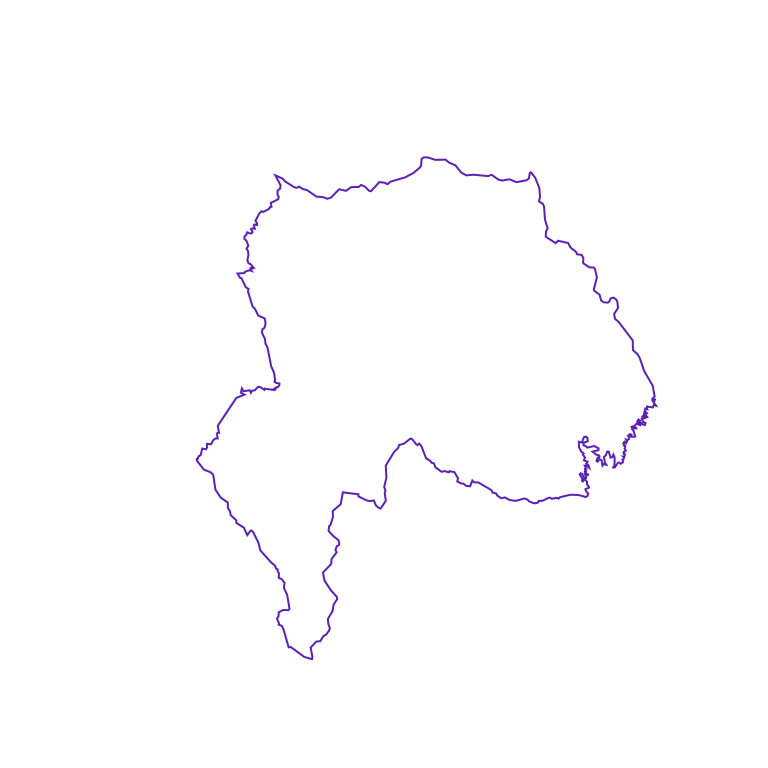 outline of Gokwe North, Midlands, Zimbabwe, rotated 315°
{"feature_id": "62879985B87269615821372", "entity_name": "Gokwe North", "entity_type": "district", "adm_level": 2, "iso_a3": "ZWE", "parent_name": "Zimbabwe", "parent_adm1": "Midlands", "projection": "equal_earth", "projection_center": [28.8, -17.557], "detail": "fine", "context": "isolated", "style": "outline", "palette": "violet", "viewbox_px": 768, "rotation_deg": 315, "n_neighbors": 0, "source": "geoboundaries", "source_scale": "gbopen_adm2", "svg_char_len": 6166}
<svg xmlns="http://www.w3.org/2000/svg" viewBox="0 0 768 768"><g transform="rotate(315 384 384)"><path d="M138.5,527.6L140.4,526.3L145.8,518.5L153.9,518.2L157.1,520.8L162.8,519.4L165.8,520.3L170.4,519.6L173.1,518.4L174.5,515.0L178.1,510.5L187.2,508.1L192.5,504.3L198.8,503.0L200.1,501.1L200.6,492.1L202.9,481.0L207.5,474.2L219.4,473.9L223.1,470.7L231.5,469.5L232.4,467.0L235.9,465.3L238.4,466.1L239.5,465.3L241.3,462.5L240.6,455.2L241.0,448.6L244.9,445.6L246.5,445.9L254.0,441.8L257.9,437.6L268.3,438.4L278.3,431.5L287.9,443.9L286.6,445.2L286.7,446.3L289.5,454.2L291.2,456.8L294.5,459.1L292.5,463.8L292.6,467.5L293.6,469.7L302.8,467.8L307.2,461.8L309.6,460.4L311.4,456.9L319.5,451.9L327.6,442.9L343.1,439.2L348.9,439.2L351.5,437.8L356.0,440.3L364.1,441.3L364.9,443.2L364.1,449.5L364.4,450.8L366.7,450.9L366.5,454.4L361.2,466.4L362.4,471.0L361.9,473.0L363.1,475.5L361.5,479.1L362.6,486.7L365.3,488.5L367.4,492.3L368.7,492.0L371.5,496.2L369.6,503.0L366.9,504.7L368.3,509.1L369.7,510.6L370.1,514.2L372.6,517.2L378.2,514.7L378.1,517.2L381.0,520.2L384.3,532.5L384.8,535.5L384.0,537.5L385.9,540.8L385.2,542.9L386.1,547.7L389.3,549.7L390.9,555.0L394.6,559.9L402.4,564.2L403.8,567.5L403.6,569.8L405.9,574.7L408.8,576.7L410.7,576.1L413.8,578.8L419.5,580.7L421.0,581.7L421.5,583.8L425.9,586.8L426.3,588.5L428.2,588.4L437.5,594.1L443.1,600.1L446.8,606.6L448.5,607.1L450.9,606.0L451.0,602.7L452.1,600.8L455.6,602.2L456.3,601.5L456.6,598.4L458.5,596.7L458.4,593.6L457.9,592.9L455.8,593.5L455.6,592.4L457.1,591.4L458.5,586.3L460.0,586.2L460.5,587.5L459.3,591.5L460.2,593.4L461.5,592.6L462.1,590.3L464.5,593.1L463.4,588.5L464.1,587.9L465.8,589.2L464.8,587.6L466.1,586.2L467.3,586.9L468.2,583.7L469.8,585.2L469.9,588.3L471.2,585.8L470.7,583.4L472.9,582.9L471.4,579.3L474.2,578.1L474.6,574.6L476.2,574.2L475.6,571.7L477.1,566.7L481.0,562.6L482.5,565.4L487.6,563.0L489.6,563.9L489.7,566.0L487.5,568.6L483.8,566.8L481.7,568.4L482.8,570.7L482.7,572.7L488.8,576.5L490.2,581.2L488.9,582.4L483.6,579.3L484.1,583.9L485.6,586.7L484.7,588.0L482.8,587.2L480.0,588.5L480.1,589.9L483.1,589.5L484.0,591.6L480.7,596.2L482.7,595.9L484.1,598.3L484.8,595.5L487.9,591.1L490.3,591.3L494.1,589.6L495.1,590.8L492.1,596.3L493.7,597.1L496.3,596.1L495.2,598.9L492.4,601.8L489.2,604.6L487.1,605.1L488.0,606.2L493.9,605.1L494.8,605.9L495.0,607.9L497.6,608.3L499.2,606.1L499.8,606.7L501.8,605.7L501.8,604.6L502.4,605.4L503.9,604.6L504.3,602.8L504.9,603.3L505.7,601.5L507.9,602.1L508.4,599.9L510.8,598.3L510.1,597.1L511.2,596.5L511.2,595.2L513.2,594.8L513.3,597.0L515.2,596.5L515.9,594.5L516.5,595.8L518.1,596.1L520.0,594.9L519.9,593.1L522.6,593.4L523.0,594.8L522.0,594.8L521.7,596.5L524.4,598.7L527.2,594.1L527.5,591.3L528.3,591.2L528.7,589.4L529.5,589.7L529.3,592.1L531.0,593.8L531.5,592.9L530.3,591.7L531.2,590.5L534.5,590.7L536.4,595.1L536.4,589.8L538.8,589.0L539.1,590.7L537.7,590.4L537.1,592.0L538.4,592.7L538.5,596.1L539.6,597.5L541.4,596.4L540.5,594.4L541.7,590.8L544.0,592.5L544.5,591.5L543.7,589.8L544.9,589.7L545.7,593.0L546.8,593.5L547.0,589.9L549.2,590.7L549.2,588.5L547.6,588.5L550.7,586.5L552.0,587.8L552.1,586.5L552.9,587.1L554.0,585.9L557.6,590.7L560.0,589.6L561.0,591.6L562.1,585.9L563.4,587.2L564.7,586.5L563.4,584.3L566.6,584.1L572.8,575.2L577.2,558.6L583.2,546.5L584.3,542.4L584.0,536.1L590.7,529.0L593.8,506.0L593.4,501.3L596.2,497.2L603.2,495.7L607.4,490.6L607.9,487.9L607.2,485.0L604.6,483.7L602.1,484.9L599.8,484.7L597.2,481.7L596.6,478.4L599.6,473.3L598.6,466.9L599.1,465.5L609.9,459.2L614.5,451.8L614.6,450.0L611.7,446.7L610.4,440.4L610.6,438.9L614.0,436.0L615.1,432.5L612.3,428.9L613.2,426.2L612.4,419.3L613.9,414.5L608.4,405.8L605.0,405.8L602.5,394.2L606.4,390.7L609.8,389.6L614.1,381.6L622.7,371.6L623.7,368.9L622.7,364.4L626.6,362.0L632.4,355.3L636.8,345.0L637.6,338.1L636.3,337.9L631.8,341.1L629.1,340.8L620.4,335.0L617.4,327.9L611.5,323.8L609.5,320.5L608.0,312.2L604.6,310.6L595.3,299.3L589.7,294.6L588.1,289.2L589.1,279.8L586.7,273.9L586.1,268.8L578.8,261.8L575.1,254.6L572.2,251.8L569.6,251.5L564.8,255.7L562.4,256.3L554.0,255.6L545.0,252.8L531.8,245.6L527.6,245.1L527.0,242.5L523.5,237.9L511.1,238.5L510.1,236.9L510.0,230.8L508.6,227.1L505.3,226.7L500.2,221.7L493.7,220.5L490.0,214.6L478.2,214.7L474.8,212.8L473.0,208.7L468.8,203.8L466.6,192.2L464.4,188.6L463.6,184.4L461.2,183.7L459.7,181.6L457.3,170.8L457.6,167.3L454.7,159.7L451.5,170.1L448.8,172.4L445.5,171.9L442.3,175.2L441.9,177.3L439.8,178.5L432.0,175.9L429.8,179.1L428.2,178.2L426.9,179.0L420.2,176.9L419.5,175.2L416.2,175.3L408.5,177.7L407.9,180.5L406.7,181.8L405.0,179.5L404.1,179.8L402.4,182.9L401.0,180.9L399.4,180.4L398.6,183.5L397.4,183.9L396.2,183.5L394.4,179.9L391.9,181.3L390.1,180.9L387.9,182.5L388.0,185.3L385.9,190.3L382.6,191.0L381.8,193.9L379.2,197.1L374.9,199.8L373.5,203.0L374.4,204.7L374.0,209.8L373.0,209.0L372.6,210.3L372.7,208.3L371.8,207.6L370.6,208.3L370.3,210.2L369.6,208.7L365.5,206.5L363.6,206.7L358.5,202.3L357.3,207.3L358.0,208.4L354.7,217.9L355.4,220.9L353.2,222.5L345.9,236.1L345.9,239.5L343.5,246.8L345.9,253.1L345.4,254.4L342.5,258.0L339.2,259.7L336.5,259.4L334.0,261.3L331.7,267.9L328.7,271.7L327.6,275.5L316.8,291.6L314.1,298.5L310.0,303.9L308.2,305.0L308.5,307.1L310.4,309.7L309.0,310.9L306.6,311.1L304.8,309.8L303.7,310.9L302.8,309.8L302.2,310.7L296.4,303.0L295.2,303.5L294.6,299.4L293.1,296.9L288.1,297.1L286.0,295.4L283.7,296.1L284.6,293.5L279.6,289.8L280.4,286.6L276.7,289.0L277.8,292.9L269.9,289.4L236.9,296.0L232.8,301.9L231.8,300.8L230.5,301.2L227.9,304.9L226.2,303.3L223.3,303.0L219.1,304.3L216.5,301.2L213.9,303.8L212.0,304.3L209.8,301.1L204.2,304.6L201.5,304.0L199.7,305.2L198.7,304.6L197.5,305.9L196.1,317.1L199.0,324.0L199.1,327.4L190.1,339.5L188.2,349.1L189.8,357.2L185.9,361.4L185.1,365.0L182.9,368.3L183.2,375.9L181.4,377.7L183.3,386.5L180.5,394.2L185.8,393.3L186.7,394.0L186.8,396.1L183.0,407.4L178.9,414.2L178.0,430.3L178.5,435.5L177.1,438.2L177.7,440.0L176.4,441.3L175.9,443.6L172.5,446.6L173.7,449.7L173.0,454.4L169.0,457.4L166.5,464.5L158.2,476.2L156.5,476.3L152.9,472.5L148.1,471.0L145.1,473.7L142.4,474.2L140.6,478.8L139.4,479.7L140.7,482.8L139.3,486.7L130.4,502.8L132.1,504.1L134.6,520.6L138.5,527.6Z" fill="none" stroke="#5b21b6" stroke-width="2"/></g></svg>